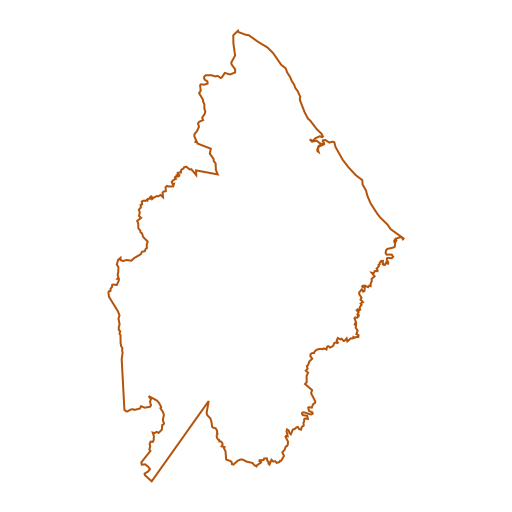 outline of Pocrí, Los Santos, Panama
{"feature_id": "35544464B40624021846566", "entity_name": "Pocrí", "entity_type": "district", "adm_level": 2, "iso_a3": "PAN", "parent_name": "Panama", "parent_adm1": "Los Santos", "projection": "robinson", "projection_center": [-80.154, 7.639], "detail": "fine", "context": "isolated", "style": "outline", "palette": "amber", "viewbox_px": 512, "rotation_deg": 0, "n_neighbors": 0, "source": "geoboundaries", "source_scale": "gbopen_adm2", "svg_char_len": 6084}
<svg xmlns="http://www.w3.org/2000/svg" viewBox="0 0 512 512"><path d="M387.9,263.7L388.3,262.6L386.8,259.9L387.0,258.3L388.2,257.8L391.6,258.3L393.2,256.8L391.7,254.6L386.5,254.6L385.6,253.0L386.0,250.4L387.4,248.9L393.2,247.6L394.8,246.7L395.2,242.7L396.4,240.4L395.9,240.0L394.3,241.4L394.2,240.7L395.6,238.7L400.7,237.1L401.9,237.6L402.9,239.3L403.6,238.5L390.7,229.2L387.5,224.6L380.2,217.5L377.2,213.6L370.7,203.6L367.4,195.9L366.0,190.5L362.7,184.7L362.2,180.0L355.9,175.3L348.5,167.3L342.7,159.8L335.5,147.0L334.3,142.2L332.5,141.7L329.4,142.6L325.3,140.0L323.0,140.3L322.7,141.1L324.1,142.9L324.1,144.3L319.0,146.5L317.8,149.3L318.6,152.0L317.5,151.2L317.2,150.0L318.5,146.2L319.7,145.3L322.5,144.7L322.8,144.0L320.0,143.4L316.6,140.7L312.0,141.7L309.8,139.4L312.9,140.9L315.3,138.3L319.9,136.2L322.1,137.2L322.9,136.6L321.8,134.1L316.5,128.9L310.4,120.8L308.0,118.7L304.6,112.2L300.0,100.3L299.8,98.8L300.3,96.9L297.6,91.0L295.2,87.8L294.2,84.7L291.8,81.1L290.1,77.0L287.1,72.3L285.7,68.3L281.2,64.8L273.2,53.2L267.5,47.5L257.7,41.6L248.8,35.2L245.8,34.8L238.5,32.1L238.0,30.7L233.3,35.3L233.4,43.5L235.1,55.5L231.2,62.7L231.7,64.6L235.2,69.4L235.1,72.5L229.9,74.5L224.8,72.9L221.9,77.3L220.7,78.0L217.7,75.9L215.3,76.4L211.3,75.2L205.6,75.3L204.3,76.6L204.0,78.3L204.8,79.7L207.4,81.5L207.6,83.6L204.1,84.7L201.0,84.3L200.1,85.3L200.7,90.7L199.1,93.2L203.1,99.9L203.0,101.3L204.4,104.4L204.3,108.2L205.3,111.7L204.8,113.7L202.2,117.6L203.1,120.1L199.1,121.8L198.0,123.5L199.0,126.7L197.0,131.1L194.5,134.1L194.3,136.2L196.0,140.0L195.5,141.9L197.0,141.8L197.4,143.5L210.8,148.7L209.8,153.6L213.5,158.9L213.8,161.2L215.6,163.4L215.9,170.0L217.7,174.4L196.1,170.4L196.2,175.1L191.3,169.2L189.7,169.5L186.3,166.7L184.1,167.2L183.4,168.6L181.3,169.7L180.8,172.6L179.5,172.3L177.6,173.1L177.8,174.1L179.4,175.0L179.2,175.9L178.4,176.3L177.4,175.2L176.7,175.3L177.0,176.6L175.5,176.6L174.9,177.4L175.9,178.9L173.3,180.1L171.7,181.9L172.6,184.0L174.0,183.7L173.2,186.4L168.2,186.5L167.1,185.9L165.6,187.1L165.8,191.2L163.5,191.6L162.6,192.6L163.0,197.2L160.6,195.0L158.3,196.3L156.9,196.1L154.1,197.4L152.2,199.0L151.8,196.8L151.1,196.3L150.0,197.3L150.6,198.7L147.7,198.9L147.4,200.6L146.5,200.1L145.6,200.9L143.8,200.6L141.8,201.5L142.1,204.4L140.6,204.9L140.9,207.4L138.8,209.7L139.8,212.3L139.0,216.0L141.1,217.8L137.2,220.9L138.2,223.5L138.4,228.4L140.3,230.6L140.5,232.3L142.0,233.3L143.1,236.9L147.7,241.6L146.7,244.8L146.9,248.0L145.5,249.2L144.8,251.2L142.1,251.7L140.8,254.2L134.3,258.0L131.2,260.7L126.4,260.0L123.1,261.0L120.5,260.1L120.5,257.8L118.1,259.9L116.8,264.7L118.4,267.0L118.3,272.1L117.6,274.8L118.4,277.5L117.3,278.8L118.9,279.1L118.8,280.6L116.7,285.0L113.3,284.5L112.2,284.9L112.0,287.0L110.6,288.6L110.5,290.9L109.1,291.2L108.4,292.5L109.0,296.8L117.9,311.3L119.5,315.4L118.5,318.6L119.6,324.5L118.8,326.9L118.8,329.9L120.2,331.3L119.5,333.5L120.5,335.3L120.6,342.9L121.1,345.9L122.4,348.3L122.1,350.3L122.6,352.6L121.7,359.3L124.4,409.9L126.1,411.3L127.3,411.5L130.6,409.6L132.9,409.2L134.4,409.9L139.8,408.6L141.1,406.2L144.7,407.7L150.0,406.8L151.0,405.3L150.0,401.8L150.9,399.3L148.7,396.1L157.0,400.6L158.8,402.6L161.2,407.0L160.4,408.2L162.7,411.6L163.9,414.7L162.8,420.2L164.0,423.3L163.4,424.6L162.2,425.0L161.9,429.6L158.6,432.9L156.6,431.9L154.5,433.1L152.7,432.6L153.9,436.2L153.7,440.0L152.8,441.9L150.6,441.6L149.6,444.2L150.2,446.4L149.3,449.3L150.4,450.9L141.3,462.4L141.8,464.7L145.0,464.3L148.1,466.6L149.8,468.8L149.7,469.8L148.9,470.2L148.4,471.3L144.6,473.6L144.8,475.1L151.7,481.3L208.7,401.0L206.6,412.9L207.2,415.1L210.3,418.3L211.4,421.5L212.1,426.8L213.4,427.8L215.6,428.3L216.9,430.4L217.3,432.4L216.9,433.2L217.5,434.1L216.7,435.4L216.8,437.4L218.1,439.6L219.1,439.9L219.3,441.4L220.7,441.4L222.3,443.0L222.6,444.7L221.6,446.3L224.5,447.1L223.9,448.1L225.5,451.3L226.2,459.5L230.7,461.2L231.7,462.2L231.9,464.1L233.4,464.6L237.5,460.9L240.5,459.5L242.5,459.5L246.6,461.6L252.5,463.0L254.2,465.0L256.5,466.4L257.0,465.2L261.1,462.5L260.8,461.5L259.5,461.2L259.6,460.2L263.5,460.1L264.2,458.5L266.9,458.4L267.4,461.0L268.6,461.8L268.5,463.7L269.5,464.6L271.5,459.8L273.0,461.4L275.4,461.3L276.7,462.9L279.4,462.1L280.1,460.8L281.2,460.7L284.0,455.9L282.3,452.3L284.5,450.0L285.7,446.6L287.2,445.9L287.8,444.3L288.0,441.7L285.5,436.6L286.0,436.0L287.7,436.3L286.5,431.1L287.0,429.4L288.7,430.5L289.5,433.1L290.8,434.3L292.9,429.5L294.6,429.1L296.6,427.2L298.0,427.1L299.0,429.0L301.0,429.7L301.8,426.9L303.7,425.6L303.5,422.8L304.2,421.2L304.2,419.1L305.1,418.5L307.9,418.9L307.2,415.8L302.9,415.2L302.0,413.9L302.3,412.7L303.9,412.3L310.9,414.5L312.7,413.7L312.4,412.4L309.0,410.9L308.2,407.6L309.0,407.2L311.8,407.6L313.0,404.3L315.1,402.8L315.3,401.5L311.1,393.2L312.1,390.1L305.0,384.0L306.7,382.2L306.6,375.9L308.1,372.7L305.8,370.7L307.6,368.7L306.9,366.0L308.0,365.2L309.3,361.5L312.2,358.7L310.3,356.1L310.6,354.2L312.1,353.1L314.1,353.0L314.5,351.7L316.6,349.7L320.0,348.9L322.6,349.2L323.6,348.4L326.5,349.5L326.9,347.2L327.7,346.3L328.7,346.3L330.0,347.6L332.1,346.6L333.3,345.5L334.3,343.0L336.2,342.4L337.2,343.2L337.9,342.7L336.7,340.5L337.8,338.0L340.3,339.4L341.5,338.7L343.7,341.0L344.9,340.5L346.6,338.4L347.4,341.4L350.7,338.4L352.9,338.4L353.4,336.9L354.9,337.8L356.3,336.9L358.3,337.0L358.5,335.1L356.4,334.1L357.6,330.5L355.7,327.8L356.0,325.5L354.7,324.4L355.2,323.4L356.1,324.1L356.2,322.8L354.5,318.3L355.2,317.5L357.2,317.7L358.7,316.1L358.7,315.2L357.7,315.4L357.4,314.5L358.6,312.2L356.7,310.2L357.8,309.3L359.3,310.3L360.2,309.7L359.7,308.4L359.9,306.9L361.6,304.9L360.6,303.6L363.0,302.1L360.5,299.6L361.5,297.7L359.2,294.1L359.2,292.4L361.8,289.3L363.1,291.6L364.4,291.1L364.9,286.6L362.6,287.0L362.2,286.4L362.7,285.8L364.9,285.6L368.1,287.2L369.3,285.6L370.6,286.1L370.7,283.5L371.8,281.1L371.6,278.9L374.6,276.3L371.7,272.8L373.6,273.2L374.9,271.0L377.5,271.2L377.6,270.1L376.6,268.6L378.8,266.3L378.6,264.8L379.7,264.3L379.7,262.7L381.3,260.9L382.9,260.9L382.5,262.6L383.2,263.2L382.8,264.2L383.3,264.8L385.0,264.9L386.2,262.5L387.9,263.7Z" fill="none" stroke="#b45309" stroke-width="2"/></svg>